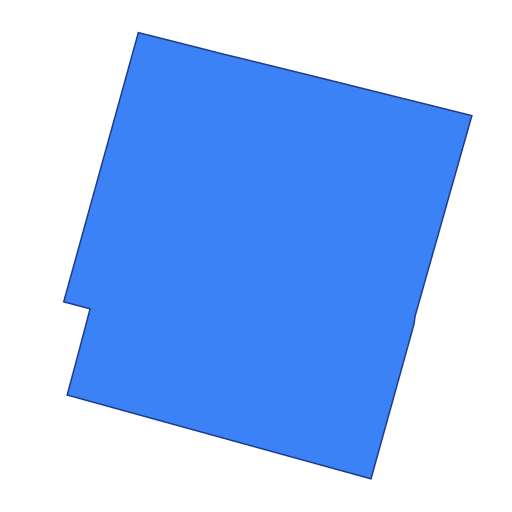 outline of Barry, Missouri, United States of America, rotated 194°
{"feature_id": "52423323B82075539049913", "entity_name": "Barry", "entity_type": "district", "adm_level": 2, "iso_a3": "USA", "parent_name": "United States of America", "parent_adm1": "Missouri", "projection": "mercator", "projection_center": [-93.839, 36.715], "detail": "fine", "context": "isolated", "style": "filled", "palette": "blue", "viewbox_px": 512, "rotation_deg": 194, "n_neighbors": 0, "source": "geoboundaries", "source_scale": "gbopen_adm2", "svg_char_len": 437}
<svg xmlns="http://www.w3.org/2000/svg" viewBox="0 0 512 512"><g transform="rotate(194 256 256)"><path d="M90.5,67.6L86.2,227.9L87.1,236.1L80.5,444.4L83.0,444.4L159.4,444.4L162.7,444.4L188.8,444.4L199.7,444.4L227.2,444.4L324.0,444.1L324.3,444.1L330.3,444.0L336.6,444.0L343.4,444.0L358.0,444.1L424.2,444.3L431.5,165.0L404.2,164.6L405.0,107.4L405.6,75.4L128.2,68.5L90.5,67.6Z" fill="#3b82f6" stroke="#1e3a8a" stroke-width="1.5"/></g></svg>